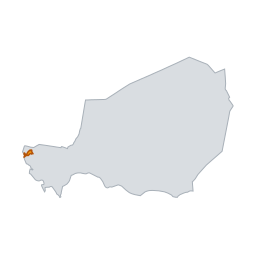 Bankilaré, Tillabéri, Niger shown in context, rotated 11°
{"feature_id": "23599985B18164013569517", "entity_name": "Bankilaré", "entity_type": "district", "adm_level": 2, "iso_a3": "NER", "parent_name": "Niger", "parent_adm1": "Tillabéri", "projection": "orthographic", "projection_center": [0.586, 14.454], "detail": "fine", "context": "in_parent", "style": "filled", "palette": "amber", "viewbox_px": 256, "rotation_deg": 11, "n_neighbors": 0, "source": "geoboundaries", "source_scale": "gbopen_adm2", "svg_char_len": 3610}
<svg xmlns="http://www.w3.org/2000/svg" viewBox="0 0 256 256"><g transform="rotate(11 128 128)"><path d="M203.9,177.5L201.7,177.7L200.4,178.2L198.8,179.6L196.9,180.2L194.7,181.5L193.3,182.5L192.0,183.3L190.2,185.2L189.7,186.6L187.8,186.9L185.2,186.8L183.5,185.5L179.6,184.3L177.1,183.9L176.0,183.7L170.1,183.8L163.9,184.6L160.7,185.4L160.2,185.6L158.4,186.5L156.9,187.5L153.0,192.1L147.6,192.1L144.4,191.8L141.7,191.2L137.8,189.3L133.0,186.3L131.2,185.9L129.5,185.7L129.0,185.8L123.4,189.1L122.3,189.1L121.0,189.4L120.2,190.2L119.5,190.6L118.9,190.7L118.0,190.6L117.1,190.1L116.2,189.3L113.8,185.9L113.3,185.3L112.3,184.3L110.6,182.7L109.4,182.0L108.7,181.8L107.9,182.0L103.4,180.7L98.8,179.4L97.8,179.6L97.1,179.9L95.6,181.0L93.7,181.2L91.4,181.2L90.1,181.1L88.0,181.5L86.7,181.9L84.9,182.7L82.5,184.7L81.9,185.0L81.3,185.3L80.6,190.8L80.0,192.4L78.8,194.6L76.5,196.7L74.9,197.9L74.9,199.6L74.8,202.4L74.8,204.3L74.9,205.5L74.6,206.1L74.5,206.6L74.6,207.4L75.0,207.8L75.2,208.3L75.1,208.7L74.3,209.2L73.5,208.0L72.4,207.1L71.2,206.7L70.4,206.1L70.0,205.3L68.4,203.6L64.8,200.2L64.4,200.2L63.8,200.0L62.8,200.4L62.2,201.0L61.8,201.2L61.1,201.3L59.4,201.7L58.0,202.3L58.0,202.7L58.7,205.3L58.4,206.6L57.8,206.0L55.8,203.4L54.4,201.5L54.2,201.1L54.0,200.5L54.1,200.2L54.6,200.0L55.9,199.7L56.1,199.5L56.2,199.0L56.0,198.0L55.3,196.7L54.6,195.8L54.2,195.6L53.4,195.6L52.6,195.7L51.1,196.8L50.4,197.0L48.9,197.0L47.5,196.7L46.6,196.2L44.1,194.1L41.3,191.8L40.1,191.5L39.8,191.3L39.6,189.5L39.7,187.5L39.8,186.9L41.0,187.2L42.2,187.4L42.6,187.0L41.6,186.3L40.2,185.5L39.7,184.4L39.3,184.0L38.6,183.6L37.9,183.4L37.2,183.1L36.7,182.7L35.8,182.6L35.0,182.4L33.7,180.5L32.5,178.7L31.8,177.3L31.5,176.5L31.9,175.0L31.5,174.5L30.2,173.0L29.0,171.6L29.3,169.5L29.5,167.8L29.6,166.7L29.7,166.0L29.9,165.3L30.6,165.1L32.6,165.1L36.3,165.4L39.3,165.1L41.5,163.1L43.9,161.1L47.4,160.9L51.1,160.7L54.1,160.6L58.5,160.4L62.0,160.3L66.0,160.1L66.1,159.2L66.4,158.9L66.8,158.9L69.7,159.3L72.5,159.8L72.7,158.1L75.2,155.9L76.5,155.4L76.9,155.1L77.3,154.3L77.6,153.2L77.7,152.4L78.2,151.7L78.5,150.5L79.0,148.4L80.3,146.2L81.1,143.1L81.1,140.2L81.3,138.0L81.7,137.5L81.6,133.6L81.5,129.6L81.4,126.3L81.3,122.1L81.2,118.4L81.1,114.5L81.0,110.9L81.0,108.6L83.8,108.0L86.6,107.3L90.8,106.4L95.3,105.4L100.2,104.3L101.3,103.7L104.9,100.2L106.6,98.6L109.8,95.5L112.3,93.0L115.4,90.0L118.7,86.9L121.4,84.4L125.6,81.5L131.8,77.2L138.1,72.9L144.2,68.6L150.4,64.3L156.5,59.9L162.6,55.6L168.6,51.2L174.6,46.8L181.0,48.0L187.2,49.2L193.3,50.3L194.8,51.1L198.3,53.8L202.7,57.2L202.9,57.3L203.1,57.3L206.8,54.8L211.6,51.7L213.7,59.3L215.4,65.9L215.8,70.1L216.0,71.2L216.5,71.9L217.5,72.6L221.9,78.4L221.1,79.6L221.9,81.4L223.0,82.2L226.5,85.6L227.0,86.3L226.8,86.9L225.0,91.3L224.7,92.4L224.8,97.9L224.8,101.8L224.8,107.1L224.8,113.5L224.8,119.0L224.8,126.1L224.8,132.9L221.8,136.8L216.4,143.7L212.0,149.4L209.8,153.1L205.5,160.3L203.7,165.0L202.2,167.5L201.4,168.5L202.3,171.8L203.9,177.5Z" fill="#d9dde1" stroke="#a8b0b8" stroke-width="1"/><path d="M31.6,176.3L32.0,176.0L32.0,175.2L32.4,175.1L32.7,175.1L33.4,174.4L33.9,174.2L35.3,174.0L35.8,173.3L36.0,173.0L36.3,172.5L36.9,171.9L37.4,171.6L38.0,171.6L38.3,171.9L38.8,171.6L39.5,171.3L38.3,169.9L38.1,169.7L37.9,169.4L37.9,168.9L37.9,168.7L37.6,168.1L36.9,168.1L36.7,168.6L36.3,168.8L35.9,168.6L35.5,169.2L35.1,169.5L34.6,170.3L34.4,170.7L33.9,172.0L33.8,172.7L33.1,173.5L31.9,173.7L31.8,173.2L31.8,172.8L31.3,172.4L30.9,172.4L30.8,172.6L31.3,173.2L31.4,173.7L31.2,174.0L31.7,174.4L31.9,174.9L31.7,175.6L31.5,176.0L31.6,176.3Z" fill="#f59e0b" stroke="#b45309" stroke-width="1.5"/></g></svg>